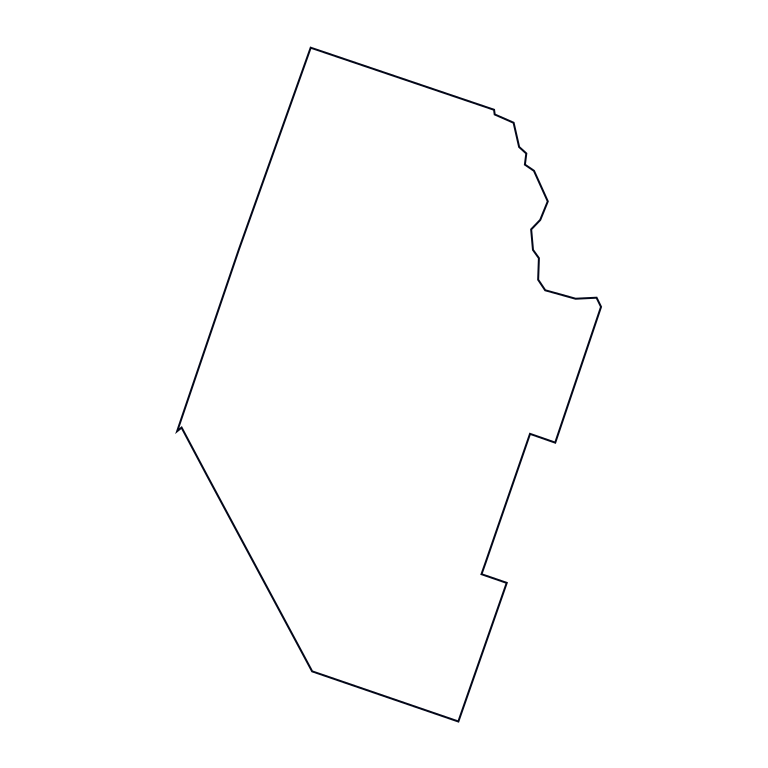 the district of Ada, Idaho, United States of America, rotated 199°
{"feature_id": "52423323B70404616629073", "entity_name": "Ada", "entity_type": "district", "adm_level": 2, "iso_a3": "USA", "parent_name": "United States of America", "parent_adm1": "Idaho", "projection": "natural_earth1", "projection_center": [-116.34, 43.46], "detail": "fine", "context": "isolated", "style": "outline", "palette": "ink", "viewbox_px": 768, "rotation_deg": 199, "n_neighbors": 0, "source": "geoboundaries", "source_scale": "gbopen_adm2", "svg_char_len": 548}
<svg xmlns="http://www.w3.org/2000/svg" viewBox="0 0 768 768"><g transform="rotate(199 384 384)"><path d="M203.9,527.6L211.1,534.8L230.6,527.0L262.1,525.1L272.2,532.8L278.5,553.4L286.8,559.3L295.2,578.1L289.7,590.0L288.6,610.0L311.6,634.4L322.2,637.3L324.5,648.3L333.4,652.1L346.5,673.2L367.1,674.9L369.2,679.1L562.8,678.1L565.0,464.4L564.2,272.1L561.2,276.9L521.8,240.1L370.9,100.5L358.4,88.9L203.8,89.1L203.2,235.9L229.9,235.9L229.8,248.4L229.8,285.4L229.7,384.4L203.0,384.3L203.9,527.6Z" fill="none" stroke="#020617" stroke-width="2"/></g></svg>